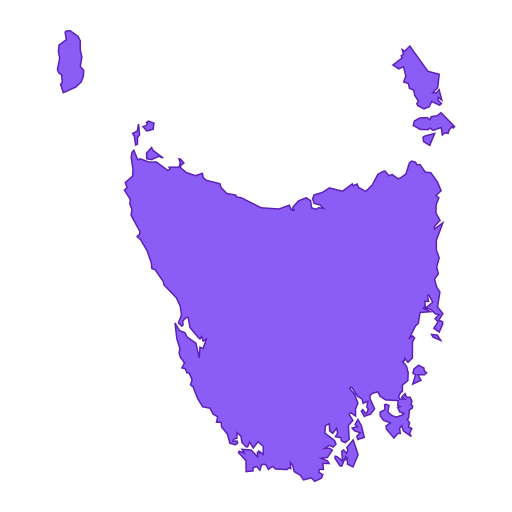 SVG path tracing the border of Tasmania
{"feature_id": "AUS-2660", "entity_name": "Tasmania", "entity_type": "State", "adm_level": 1, "iso_a3": "AUS", "parent_name": "Australia", "parent_adm1": "", "projection": "equal_earth", "projection_center": [146.795, -41.606], "detail": "fine", "context": "isolated", "style": "filled", "palette": "violet", "viewbox_px": 512, "rotation_deg": 0, "n_neighbors": 0, "source": "natural_earth", "source_scale": "10m", "svg_char_len": 6073}
<svg xmlns="http://www.w3.org/2000/svg" viewBox="0 0 512 512"><path d="M411.3,436.5L403.5,431.0L401.7,425.7L399.5,428.4L400.3,433.5L397.8,433.4L394.0,438.0L386.4,429.1L386.0,426.0L390.4,422.9L383.4,420.3L380.3,416.0L380.1,412.2L385.0,409.6L384.6,404.7L385.8,404.3L389.0,405.5L387.8,411.9L391.7,415.4L396.2,417.1L402.1,415.1L404.0,413.4L399.8,412.1L397.6,407.3L399.9,406.6L397.7,405.3L398.2,400.6L385.6,399.9L379.9,396.1L377.8,391.8L372.5,393.4L370.0,395.4L369.9,398.4L374.6,408.8L370.6,414.1L364.3,416.4L361.4,411.1L362.7,409.6L365.7,413.4L367.0,412.6L368.3,409.0L366.8,407.3L367.8,401.4L363.1,403.3L362.1,399.1L357.4,396.1L351.6,387.1L349.6,388.3L354.6,394.6L357.9,403.1L355.5,409.0L355.6,416.0L350.5,412.6L349.0,414.3L352.9,420.4L348.4,425.5L349.2,439.1L345.1,442.7L341.4,440.8L341.0,437.7L335.4,436.7L337.6,432.9L336.6,428.2L332.7,433.4L329.7,430.9L329.2,423.6L325.4,425.7L324.9,433.1L334.5,440.5L336.0,444.0L333.1,447.0L329.3,445.4L324.5,448.5L329.4,448.2L332.3,450.2L327.4,457.5L321.1,458.2L327.7,461.1L329.1,463.5L322.9,463.4L323.4,469.4L319.4,469.4L318.8,472.2L322.8,474.7L321.5,478.1L314.8,481.3L311.2,477.9L303.5,479.9L300.5,475.4L294.2,471.6L292.7,465.3L290.4,462.6L290.7,468.6L289.0,467.9L287.0,469.6L275.6,469.0L272.4,466.4L268.4,469.4L266.1,465.0L263.9,464.2L261.5,465.0L259.9,470.2L256.6,466.5L253.0,467.9L253.0,470.9L246.1,471.6L246.0,460.7L238.5,452.6L239.2,451.2L244.3,453.0L241.9,449.3L251.1,450.0L257.5,456.7L257.5,452.2L259.3,453.0L259.1,451.2L263.3,454.5L263.2,446.3L258.0,441.7L253.3,448.0L249.6,442.1L247.6,446.9L246.1,446.8L241.9,442.4L240.9,436.1L237.0,432.7L236.9,438.3L233.8,439.1L233.0,441.2L237.1,441.1L237.7,442.9L235.4,444.8L229.9,443.3L227.4,434.1L221.6,427.0L221.2,422.3L216.5,422.2L217.7,416.8L213.1,414.1L210.0,408.2L202.7,406.8L197.6,398.5L193.2,387.0L190.5,384.8L192.1,380.0L189.2,373.1L186.9,372.8L185.3,368.7L181.9,367.9L184.5,363.0L180.2,357.0L179.1,352.6L179.9,348.7L176.8,338.6L175.0,323.0L179.5,330.6L184.8,332.6L187.1,337.0L195.9,343.2L199.2,357.9L200.0,347.2L203.1,348.5L206.3,339.1L203.1,341.1L201.7,336.6L199.9,338.9L198.3,337.5L190.0,327.6L188.2,317.6L186.4,317.2L182.8,320.9L183.0,325.2L181.9,326.1L178.4,323.0L181.5,315.0L180.2,306.0L176.3,297.7L163.9,284.8L163.5,281.9L155.2,269.8L151.9,268.5L151.3,262.8L147.2,251.0L140.9,240.1L137.1,236.5L139.8,234.0L139.7,231.1L131.1,215.3L131.9,209.2L129.8,203.9L130.4,199.5L124.4,190.1L127.1,187.6L125.3,182.6L132.6,176.1L133.0,169.3L131.2,157.5L131.9,152.5L133.8,150.3L137.8,159.9L140.1,158.8L148.7,162.0L156.4,162.0L167.9,170.5L170.2,169.0L169.1,167.2L179.0,167.2L180.2,162.9L179.0,158.8L180.6,159.2L183.9,163.1L180.7,165.3L180.7,167.9L186.1,172.4L195.5,175.7L202.4,173.3L203.2,177.6L206.5,180.4L219.9,183.7L221.1,187.7L226.8,193.5L235.8,195.1L236.6,197.0L241.1,197.7L261.2,207.8L279.0,209.0L289.4,205.2L290.8,209.2L292.7,210.5L294.0,210.0L292.5,208.4L293.2,206.8L298.6,200.8L306.2,197.8L310.6,200.7L311.6,207.9L316.0,209.2L318.7,207.7L323.6,208.4L320.1,205.0L314.2,203.4L312.6,198.9L314.1,194.9L322.2,192.5L329.4,187.9L342.5,191.2L352.3,183.9L353.1,185.7L357.1,184.0L358.4,187.3L365.7,191.4L372.2,185.1L377.8,174.4L383.3,171.3L384.9,171.0L389.0,175.7L392.1,174.5L397.7,178.6L400.2,178.1L405.9,174.0L409.5,162.7L411.8,161.1L415.6,162.2L416.7,164.8L420.0,164.6L425.3,172.1L430.8,172.7L437.4,181.9L441.1,190.7L436.0,195.5L438.9,197.8L436.2,204.4L435.9,213.0L440.0,220.3L434.3,226.7L434.6,229.0L442.8,222.9L436.3,240.5L436.4,250.1L439.2,257.9L436.7,267.0L438.3,273.8L434.5,279.3L436.8,287.3L439.9,292.1L437.5,307.0L442.9,313.6L438.8,320.2L442.6,321.8L442.8,323.9L439.2,332.1L433.8,328.3L438.0,321.9L435.1,318.6L439.2,314.6L435.4,313.9L431.3,309.7L425.9,307.9L432.7,302.2L428.9,295.0L427.6,295.6L428.6,301.5L424.7,301.3L425.3,306.4L423.3,308.2L430.5,311.7L420.0,312.5L418.4,323.2L415.4,326.1L409.0,338.9L412.5,335.9L414.6,338.0L412.5,341.8L412.4,358.0L408.0,362.3L404.8,358.4L404.4,360.6L402.5,361.4L406.6,366.5L408.2,373.1L407.8,380.6L402.4,385.1L402.4,391.6L400.6,392.3L398.6,396.7L399.8,399.1L404.5,399.1L401.7,397.3L405.0,393.6L406.6,397.3L410.1,397.2L412.0,401.4L410.9,404.3L412.6,405.9L412.4,408.0L409.4,410.0L408.6,417.9L407.3,419.3L409.6,423.0L408.5,426.8L411.8,428.6L409.5,433.5L411.3,436.5ZM414.8,95.5L413.7,90.1L409.4,88.3L408.5,83.6L403.7,82.0L405.8,75.9L403.5,66.7L398.8,68.9L392.9,65.0L402.0,58.0L401.2,55.8L403.5,54.2L402.2,49.6L404.7,51.2L409.8,46.1L427.9,71.3L439.2,74.3L437.7,87.7L432.6,92.8L436.4,92.9L439.1,89.7L441.8,100.1L438.4,97.4L437.9,99.9L441.4,103.5L439.7,105.2L431.7,101.5L429.3,106.7L424.0,108.9L417.7,105.6L416.8,103.6L418.5,101.2L414.8,95.5ZM80.3,66.5L83.7,70.3L83.3,76.5L81.1,82.0L75.9,87.0L63.3,92.7L60.6,84.3L62.3,82.5L61.6,74.9L58.7,72.8L57.4,69.4L59.7,58.2L58.4,51.2L59.1,44.9L66.4,39.6L65.1,32.2L66.0,31.1L70.2,30.7L78.1,36.5L80.3,40.9L80.3,50.0L81.9,56.9L80.3,66.5ZM441.0,112.7L454.6,126.6L453.3,128.0L452.3,126.6L449.3,129.6L448.1,133.4L444.9,132.9L442.3,135.0L441.2,127.5L433.0,130.4L430.1,128.1L428.3,129.6L420.3,129.5L413.2,125.4L414.4,121.0L419.7,118.0L427.0,117.6L429.9,119.6L431.3,116.6L437.3,115.7L441.0,112.7ZM353.2,439.9L358.1,454.7L353.0,466.9L347.5,464.2L347.4,460.5L345.8,459.7L347.5,458.2L345.7,456.7L341.7,466.1L340.1,466.0L334.9,458.2L335.2,456.2L336.8,456.6L342.6,460.9L341.7,451.5L343.6,449.9L346.5,453.4L347.9,450.2L346.8,447.6L353.2,439.9ZM423.8,367.9L424.4,371.1L426.6,372.8L424.4,374.8L417.9,374.8L421.0,380.3L412.7,384.1L415.6,375.0L412.9,373.1L413.9,369.0L418.6,365.2L423.8,367.9ZM361.4,425.7L364.3,437.4L357.9,439.5L356.8,436.2L360.2,432.8L354.3,430.7L352.1,428.1L357.4,426.6L355.0,424.5L357.9,419.5L361.4,425.7ZM152.9,150.3L163.2,158.0L159.0,156.3L151.5,159.6L146.8,158.8L146.5,153.1L151.6,147.5L152.9,150.3ZM423.0,137.3L424.4,136.2L434.7,133.4L429.7,145.4L423.5,141.5L423.0,137.3ZM153.1,129.4L146.7,131.0L143.0,126.6L146.0,125.8L147.5,123.2L146.5,122.5L148.5,121.1L154.0,123.2L153.1,129.4ZM138.5,124.0L139.6,134.9L137.5,137.4L137.5,144.1L135.6,145.0L134.3,136.1L132.6,133.4L137.2,131.2L138.5,124.0ZM437.3,335.1L440.7,340.4L433.0,337.1L431.5,334.4L437.3,335.1Z" fill="#8b5cf6" stroke="#5b21b6" stroke-width="1.5"/></svg>